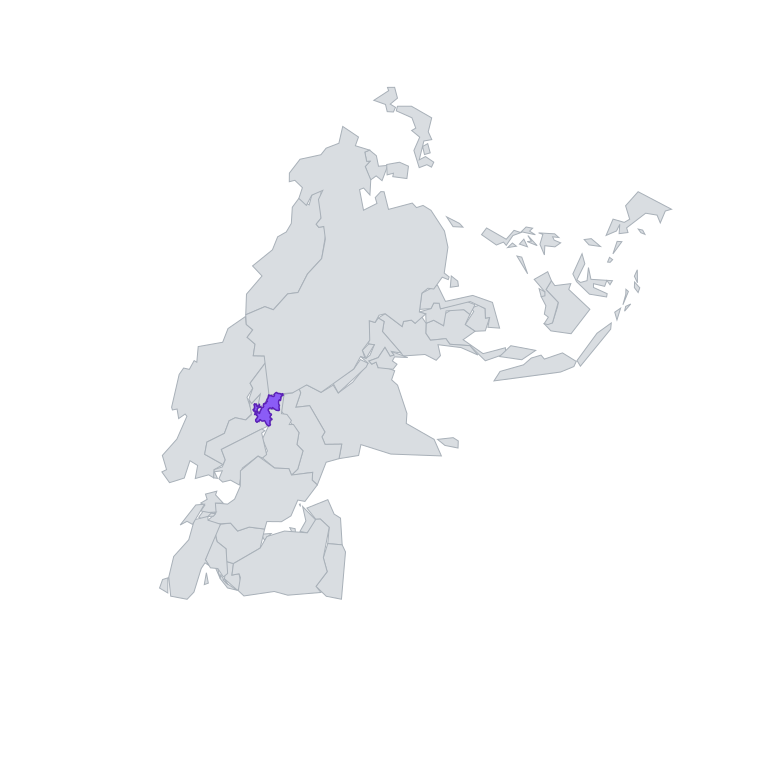 Asia, with Tajikistan highlighted, rotated 296°
{"feature_id": "TJK", "entity_name": "Tajikistan", "entity_type": "country or territory", "adm_level": 0, "iso_a3": "TJK", "parent_name": "Asia", "parent_adm1": "", "projection": "robinson", "projection_center": [70.744, 38.86], "detail": "fine", "context": "in_parent", "style": "filled", "palette": "violet", "viewbox_px": 768, "rotation_deg": 296, "n_neighbors": 45, "source": "natural_earth", "source_scale": "50m", "svg_char_len": 17099}
<svg xmlns="http://www.w3.org/2000/svg" viewBox="0 0 768 768"><g transform="rotate(296 384 384)"><path d="M383.9,229.9L377.2,234.1L375.1,242.3L366.0,240.5L363.3,250.6L352.1,254.1L356.7,264.0L354.1,268.7L326.0,263.3L322.7,267.9L312.0,266.7L300.1,278.4L291.1,275.5L288.5,265.1L283.0,260.9L269.7,262.2L254.2,250.3L242.2,253.6L241.0,274.7L232.6,268.9L225.0,272.0L225.5,266.2L216.3,255.8L229.1,252.2L230.0,243.2L211.9,245.7L201.3,234.5L207.6,222.9L211.7,226.1L222.6,216.1L243.7,222.0L268.6,221.0L269.8,218.4L262.9,214.6L270.8,209.0L267.9,205.2L270.0,203.3L302.8,195.7L310.5,196.9L311.8,202.6L321.8,203.1L321.5,206.2L336.2,200.6L350.8,220.7L365.5,219.5L383.9,229.9Z" fill="#d9dde1" stroke="#a8b0b8" stroke-width="1"/><path d="M241.0,274.7L242.2,253.6L254.2,250.3L269.7,262.2L283.0,260.9L288.5,265.1L291.1,275.5L298.3,278.4L311.0,269.2L308.4,273.5L320.8,277.2L314.8,281.3L309.3,280.9L309.6,276.7L303.3,278.0L299.6,284.9L295.6,284.6L298.8,292.8L296.1,298.6L253.9,266.5L246.2,274.6L241.0,274.7Z" fill="#d9dde1" stroke="#a8b0b8" stroke-width="1"/><path d="M668.2,528.1L667.1,565.8L662.8,561.0L649.9,561.7L655.5,555.4L652.2,544.3L630.7,533.6L627.1,536.9L622.2,529.4L630.9,525.9L623.5,525.9L614.9,518.5L632.6,517.6L634.6,529.1L639.8,532.6L650.1,523.0L668.2,528.1ZM585.5,564.5L582.6,571.7L577.6,572.3L580.4,566.8L585.5,564.5ZM632.9,552.9L632.6,548.6L634.7,544.6L635.7,549.0L632.9,552.9ZM550.2,489.2L547.3,494.4L556.1,507.9L550.0,508.6L541.4,536.3L511.2,530.1L504.9,510.7L508.4,501.5L512.8,508.6L529.6,506.1L533.7,504.8L539.9,488.2L550.2,489.2ZM601.3,532.7L614.4,531.0L616.2,535.4L601.3,532.7ZM596.0,535.0L592.5,533.9L591.6,531.5L596.7,531.2L596.0,535.0ZM601.6,500.6L605.5,506.6L602.5,518.3L598.9,507.3L601.6,500.6ZM565.7,505.5L587.9,504.9L580.1,511.8L562.2,511.7L561.4,516.1L565.9,521.2L578.3,516.7L568.8,524.1L577.0,544.0L572.3,543.6L574.8,538.9L568.5,539.5L566.0,528.3L562.6,530.0L563.0,545.0L559.8,545.9L554.8,529.3L560.4,512.2L565.7,505.5ZM564.1,570.7L554.9,568.3L559.7,567.2L564.1,570.7ZM559.9,564.0L570.6,562.0L575.2,559.9L574.3,563.1L559.9,564.0ZM549.7,559.9L555.9,563.4L543.7,565.3L549.7,559.9ZM489.7,547.2L523.0,553.2L538.5,561.5L532.7,563.7L486.1,552.7L489.7,547.2ZM476.7,517.2L490.2,530.8L488.6,546.9L482.9,547.0L472.2,537.5L435.0,481.5L446.2,482.8L462.4,501.0L471.9,505.0L478.8,512.5L476.7,517.2Z" fill="#d9dde1" stroke="#a8b0b8" stroke-width="1"/><path d="M586.1,567.4L590.6,561.8L597.7,561.6L586.1,567.4Z" fill="#d9dde1" stroke="#a8b0b8" stroke-width="1"/><path d="M140.9,320.9L135.9,329.1L134.3,342.7L132.1,332.8L137.3,322.0L140.9,320.9Z" fill="#d9dde1" stroke="#a8b0b8" stroke-width="1"/><path d="M145.3,315.6L137.4,322.0L144.8,313.3L145.3,315.6Z" fill="#d9dde1" stroke="#a8b0b8" stroke-width="1"/><path d="M139.0,326.0L135.4,332.0L137.4,325.2L139.0,326.0Z" fill="#d9dde1" stroke="#a8b0b8" stroke-width="1"/><path d="M139.0,326.0L155.4,320.3L156.6,327.4L145.6,331.1L149.9,336.9L139.7,344.5L134.3,342.7L139.0,326.0Z" fill="#d9dde1" stroke="#a8b0b8" stroke-width="1"/><path d="M214.7,373.1L226.7,373.8L238.2,364.6L231.5,383.2L216.6,380.3L214.7,373.1Z" fill="#d9dde1" stroke="#a8b0b8" stroke-width="1"/><path d="M210.9,370.1L210.8,365.9L213.6,362.3L215.0,367.5L210.9,370.1Z" fill="#d9dde1" stroke="#a8b0b8" stroke-width="1"/><path d="M195.2,339.5L200.2,348.2L191.3,345.0L195.2,339.5Z" fill="#d9dde1" stroke="#a8b0b8" stroke-width="1"/><path d="M156.6,327.4L155.4,320.3L166.6,314.3L169.1,303.1L176.9,297.2L186.3,298.5L191.7,307.1L187.7,316.9L196.3,325.6L201.3,340.3L182.2,344.6L156.6,327.4Z" fill="#d9dde1" stroke="#a8b0b8" stroke-width="1"/><path d="M232.5,382.0L238.7,369.1L255.4,384.2L245.2,396.2L244.4,403.7L221.1,416.9L215.9,403.4L231.1,397.6L234.7,386.0L232.5,382.0ZM239.4,361.2L237.3,362.6L238.8,360.7L239.4,361.2Z" fill="#d9dde1" stroke="#a8b0b8" stroke-width="1"/><path d="M471.3,442.7L473.0,430.9L488.5,432.9L490.6,429.0L496.5,434.9L496.1,441.9L487.7,446.3L490.1,449.8L476.2,451.7L471.3,442.7Z" fill="#d9dde1" stroke="#a8b0b8" stroke-width="1"/><path d="M484.2,430.7L473.0,430.9L471.3,442.7L458.5,435.7L454.7,459.7L469.8,477.2L464.8,480.2L449.3,464.9L456.1,444.4L448.6,425.8L451.9,419.7L443.7,406.6L447.9,399.3L457.0,395.2L463.1,400.7L462.5,412.0L473.0,407.4L480.9,412.4L485.8,423.2L484.2,430.7Z" fill="#d9dde1" stroke="#a8b0b8" stroke-width="1"/><path d="M495.2,431.1L484.2,430.7L485.8,423.2L476.9,407.8L462.5,412.0L463.1,400.7L457.0,395.2L465.3,390.8L464.2,384.2L472.4,393.2L478.6,393.2L480.8,398.2L476.3,401.8L494.4,421.2L495.2,431.1Z" fill="#d9dde1" stroke="#a8b0b8" stroke-width="1"/><path d="M457.0,395.2L447.9,399.3L443.7,406.6L451.9,419.7L448.6,425.8L456.1,444.4L451.2,455.7L450.5,437.3L443.0,415.3L434.2,422.3L428.2,420.5L428.5,407.9L417.7,389.1L430.5,359.6L440.2,356.7L440.8,349.9L447.7,354.2L443.6,375.1L448.8,374.1L453.4,380.6L452.2,385.4L461.8,386.9L457.0,395.2Z" fill="#d9dde1" stroke="#a8b0b8" stroke-width="1"/><path d="M480.5,452.5L490.1,449.8L487.7,446.3L496.1,441.9L495.9,425.3L476.3,401.8L480.8,398.2L478.6,393.2L472.4,393.2L466.7,383.4L482.2,378.2L496.4,388.6L485.2,403.0L502.5,424.9L504.9,445.7L484.9,463.4L480.5,452.5Z" fill="#d9dde1" stroke="#a8b0b8" stroke-width="1"/><path d="M587.9,268.5L585.8,277.1L577.3,283.6L582.2,291.6L565.9,293.1L567.6,285.7L561.7,282.6L564.6,278.9L571.2,271.8L578.0,273.8L576.5,270.8L584.0,265.1L587.9,268.5Z" fill="#d9dde1" stroke="#a8b0b8" stroke-width="1"/><path d="M573.3,295.1L582.5,290.2L590.1,300.7L590.5,310.5L578.7,314.5L574.2,301.0L577.6,300.1L573.3,295.1Z" fill="#d9dde1" stroke="#a8b0b8" stroke-width="1"/><path d="M385.6,229.4L404.5,221.0L427.6,227.0L432.5,214.1L455.7,224.9L469.7,223.9L477.8,229.5L487.7,230.3L502.7,224.1L513.5,226.1L512.2,238.2L522.1,236.3L531.2,242.1L505.5,254.7L497.9,253.0L496.2,256.7L499.2,260.8L493.5,265.8L469.4,273.0L449.4,267.0L428.5,266.6L422.8,257.9L402.2,252.0L401.3,243.0L385.6,229.4Z" fill="#d9dde1" stroke="#a8b0b8" stroke-width="1"/><path d="M440.8,349.9L440.2,356.7L430.5,359.6L419.4,385.8L416.5,376.6L414.4,380.4L411.6,377.4L417.3,368.8L405.1,367.2L398.1,360.4L396.5,364.3L400.2,367.3L396.1,371.6L399.2,373.1L400.6,387.8L391.1,389.0L388.9,396.7L367.6,417.5L358.3,421.3L356.2,453.3L344.5,467.1L324.0,420.8L319.4,389.8L308.6,392.5L297.2,376.3L311.4,372.4L303.9,357.5L309.3,351.4L315.0,351.9L331.9,326.7L324.4,314.9L339.5,313.0L344.0,308.1L349.3,314.9L348.9,331.1L360.7,338.8L355.9,346.8L371.9,355.1L395.6,360.5L398.5,350.9L399.3,356.6L403.8,358.8L415.1,358.1L413.2,352.7L434.4,343.0L435.4,349.0L440.8,349.9Z" fill="#d9dde1" stroke="#a8b0b8" stroke-width="1"/><path d="M416.5,376.6L418.2,393.7L413.0,381.6L408.4,381.4L407.5,387.0L401.2,385.7L396.1,371.6L400.2,367.3L396.5,364.3L398.1,360.4L405.1,367.2L417.3,368.8L411.6,377.4L414.4,380.4L416.5,376.6Z" fill="#d9dde1" stroke="#a8b0b8" stroke-width="1"/><path d="M413.2,352.7L415.1,358.1L399.3,356.6L404.8,349.7L413.2,352.7Z" fill="#d9dde1" stroke="#a8b0b8" stroke-width="1"/><path d="M395.6,352.1L395.6,360.5L391.5,360.6L355.9,346.8L362.7,337.4L384.2,350.2L395.6,352.1Z" fill="#d9dde1" stroke="#a8b0b8" stroke-width="1"/><path d="M344.0,308.1L339.5,313.0L324.4,314.9L331.9,326.7L315.0,351.9L309.3,351.4L303.9,357.5L311.4,372.4L297.2,376.3L288.3,366.3L264.1,368.3L266.1,361.6L273.3,358.6L261.6,340.8L269.7,343.8L288.4,340.5L291.4,332.3L303.0,328.9L315.2,302.3L331.0,298.7L336.1,305.8L344.0,308.1Z" fill="#d9dde1" stroke="#a8b0b8" stroke-width="1"/><path d="M281.4,298.8L302.6,298.6L310.3,290.9L315.2,300.9L321.9,296.6L331.0,298.7L312.4,304.8L314.1,310.1L310.6,316.8L306.0,316.6L307.9,320.4L303.0,328.9L291.4,332.3L288.4,340.5L269.7,343.8L261.6,340.8L266.2,335.6L260.5,322.6L264.2,307.2L272.7,308.6L281.4,298.8Z" fill="#d9dde1" stroke="#a8b0b8" stroke-width="1"/><path d="M311.0,269.2L322.7,267.9L326.0,263.3L354.1,268.7L323.8,285.4L303.9,284.9L304.4,281.6L320.8,277.2L308.4,273.5L311.0,269.2Z" fill="#d9dde1" stroke="#a8b0b8" stroke-width="1"/><path d="M225.0,272.0L232.6,268.9L238.6,275.0L246.2,274.6L253.9,266.5L290.0,293.8L289.8,297.4L286.2,295.6L269.1,309.4L264.2,307.2L264.0,302.4L246.3,293.5L229.8,298.3L230.3,288.2L225.1,282.0L226.5,277.2L235.1,276.7L230.8,270.0L226.2,275.7L225.0,272.0Z" fill="#d9dde1" stroke="#a8b0b8" stroke-width="1"/><path d="M201.3,340.3L196.3,325.6L187.7,316.9L191.7,307.1L184.1,293.8L184.4,285.5L193.6,289.4L203.1,284.6L207.5,296.1L215.0,300.2L229.3,299.6L243.0,293.0L264.0,302.4L260.5,322.6L266.2,335.6L261.6,340.8L273.3,358.6L266.1,361.6L264.1,368.3L243.8,364.4L241.9,357.4L224.7,358.2L215.3,352.2L209.0,339.0L201.3,340.3Z" fill="#d9dde1" stroke="#a8b0b8" stroke-width="1"/><path d="M140.1,324.2L145.3,315.6L142.7,308.6L147.7,300.5L174.7,298.1L169.1,303.1L166.6,314.3L145.2,326.5L140.1,324.2Z" fill="#d9dde1" stroke="#a8b0b8" stroke-width="1"/><path d="M195.3,289.2L182.8,280.7L183.0,275.9L192.1,277.5L195.3,289.2Z" fill="#d9dde1" stroke="#a8b0b8" stroke-width="1"/><path d="M186.3,298.5L147.7,300.5L144.2,306.2L144.8,301.5L138.1,300.6L113.6,304.4L104.2,301.4L99.8,285.3L116.1,275.2L136.8,270.6L158.4,276.8L178.9,273.1L187.8,283.8L184.4,285.5L186.3,298.5ZM102.2,271.7L111.2,270.7L115.0,274.7L101.4,281.3L102.2,271.7Z" fill="#d9dde1" stroke="#a8b0b8" stroke-width="1"/><path d="M366.1,469.7L365.4,475.7L358.9,478.6L355.5,465.7L357.7,456.4L366.1,469.7Z" fill="#d9dde1" stroke="#a8b0b8" stroke-width="1"/><path d="M504.6,408.0L500.0,401.2L510.6,397.1L508.8,405.2L504.6,408.0ZM323.8,285.4L356.7,264.0L352.1,254.1L363.3,250.6L366.0,240.5L375.1,242.3L377.2,234.1L385.6,229.4L401.3,243.0L402.2,252.0L422.8,257.9L428.5,266.6L449.4,267.0L469.4,273.0L488.5,267.8L499.2,260.8L496.2,256.7L497.9,253.0L505.5,254.7L521.1,244.2L531.2,244.1L522.1,236.3L510.5,235.9L513.5,226.1L524.7,224.6L528.0,214.6L524.3,210.2L532.1,206.5L549.2,210.0L562.4,226.8L570.6,228.6L580.6,237.9L597.4,234.0L594.8,252.8L585.6,253.8L587.9,268.5L584.0,265.1L576.5,270.8L578.0,273.8L571.2,271.8L561.7,282.6L547.7,288.5L551.2,279.8L548.0,276.8L531.2,289.4L543.2,298.5L547.7,294.4L555.5,296.8L556.8,299.8L542.9,311.5L559.0,330.1L556.8,335.9L561.6,340.8L560.7,350.1L548.0,371.3L535.0,381.5L510.1,389.5L508.8,395.6L506.0,396.0L505.5,389.5L491.2,387.1L489.3,381.5L482.2,378.2L464.2,384.2L465.3,390.8L452.2,385.4L453.4,380.6L448.8,374.1L443.6,375.1L447.7,354.2L443.6,349.4L435.4,349.0L434.4,343.0L417.1,352.0L404.8,349.7L399.1,355.4L398.5,350.9L384.2,350.2L348.9,331.1L349.3,314.9L336.1,305.8L323.8,285.4Z" fill="#d9dde1" stroke="#a8b0b8" stroke-width="1"/><path d="M561.7,367.0L561.4,381.5L559.6,386.2L555.7,377.1L561.7,367.0Z" fill="#d9dde1" stroke="#a8b0b8" stroke-width="1"/><path d="M196.7,271.5L202.8,275.6L206.8,271.8L214.4,280.7L210.5,281.2L206.4,291.8L203.1,284.6L195.3,289.2L191.7,282.7L189.6,275.0L196.6,276.1L196.7,271.5ZM193.6,289.4L190.4,288.7L187.8,283.8L192.1,285.2L193.6,289.4Z" fill="#d9dde1" stroke="#a8b0b8" stroke-width="1"/><path d="M167.9,262.6L192.8,267.9L197.3,275.4L173.9,273.4L174.2,267.1L167.9,262.6Z" fill="#d9dde1" stroke="#a8b0b8" stroke-width="1"/><path d="M565.9,442.6L560.8,435.3L567.0,437.6L565.9,442.6ZM575.5,461.0L574.8,450.3L577.0,453.8L580.5,448.2L575.5,461.0ZM587.6,456.7L593.8,471.6L592.3,476.9L590.2,471.0L587.9,473.9L588.3,480.9L582.2,477.5L578.8,467.9L570.3,471.6L578.0,462.9L588.1,461.2L587.6,456.7ZM558.4,452.2L546.0,464.8L557.3,447.4L558.4,452.2ZM569.2,407.8L567.7,430.4L579.1,433.5L580.1,440.7L574.0,434.8L562.2,433.1L563.9,429.2L558.2,424.1L561.0,406.2L569.2,407.8ZM570.2,452.8L569.1,444.4L575.5,446.2L570.2,452.8ZM587.4,442.9L589.2,449.3L585.2,447.8L584.5,454.6L581.0,440.6L587.4,442.9Z" fill="#d9dde1" stroke="#a8b0b8" stroke-width="1"/><path d="M459.3,475.8L474.0,481.2L480.7,505.6L466.2,497.2L459.3,475.8ZM550.2,489.2L539.9,488.2L533.7,504.8L512.8,508.6L509.3,505.4L508.4,501.5L516.1,502.4L517.1,497.5L525.3,495.2L531.4,487.0L537.3,488.2L543.9,473.1L556.7,481.9L550.2,489.2Z" fill="#d9dde1" stroke="#a8b0b8" stroke-width="1"/><path d="M537.7,481.6L537.3,488.2L533.8,490.0L531.4,487.0L537.7,481.6Z" fill="#d9dde1" stroke="#a8b0b8" stroke-width="1"/><path d="M645.7,286.9L644.1,310.2L630.1,313.2L624.6,319.8L619.9,313.3L600.9,317.4L606.6,321.6L605.2,331.5L599.7,331.6L599.9,326.4L593.9,320.8L607.0,308.5L621.5,307.9L624.0,297.7L627.9,300.4L635.5,292.4L634.9,275.3L639.5,274.3L645.7,286.9ZM649.7,259.6L652.1,257.1L655.3,263.5L646.8,270.8L638.3,266.9L637.7,273.1L632.6,273.2L630.2,267.5L635.9,262.8L634.5,250.5L649.7,259.6ZM608.0,319.8L614.4,314.6L619.2,317.9L612.0,324.2L608.0,319.8Z" fill="#d9dde1" stroke="#a8b0b8" stroke-width="1"/><path d="M215.9,403.4L221.1,416.9L216.2,423.0L171.9,440.1L167.9,425.2L172.3,411.6L190.4,415.2L201.3,405.6L215.9,403.4Z" fill="#d9dde1" stroke="#a8b0b8" stroke-width="1"/><path d="M134.4,343.6L147.1,339.8L149.9,336.9L145.6,331.1L156.6,327.4L182.2,344.6L195.6,345.6L208.2,359.0L216.6,380.3L232.5,382.0L234.7,386.0L231.1,397.6L201.3,405.6L190.4,415.2L172.3,411.6L169.0,418.7L152.0,390.1L149.4,376.3L132.1,351.0L134.4,343.6Z" fill="#d9dde1" stroke="#a8b0b8" stroke-width="1"/><path d="M136.5,307.1L128.0,313.4L124.9,310.4L136.5,307.1Z" fill="#d9dde1" stroke="#a8b0b8" stroke-width="1"/><path d="M295.7,298.5L295.9,298.0L296.0,296.6L296.3,296.2L297.0,295.3L297.3,294.6L297.8,294.1L298.1,293.9L298.3,293.5L298.6,293.0L298.6,292.7L298.5,292.3L298.1,292.0L297.6,291.5L297.4,291.0L297.2,290.3L297.2,289.8L297.7,288.6L297.6,288.3L297.5,288.1L297.2,288.0L296.8,288.0L296.4,288.0L295.9,288.0L295.5,288.0L295.5,287.9L295.4,287.3L295.3,287.2L295.2,287.1L294.2,286.8L294.0,286.7L293.9,286.5L294.3,285.2L294.5,285.1L294.6,284.9L294.9,284.7L295.7,284.3L296.6,284.5L297.4,284.7L298.2,284.8L298.5,284.8L298.9,284.9L299.2,284.8L299.4,284.7L299.8,284.3L299.9,283.6L300.0,283.1L300.3,283.1L300.5,283.1L300.7,282.9L300.7,282.7L300.8,282.7L301.0,282.8L301.1,282.7L300.9,282.4L300.8,282.1L300.8,281.9L301.3,281.8L301.5,281.8L301.6,281.7L301.4,281.4L300.7,281.4L300.1,281.4L300.0,281.2L301.5,280.9L302.3,281.0L302.8,281.1L303.1,281.0L302.8,280.5L303.1,280.5L303.2,280.3L302.7,278.9L303.0,278.8L303.3,278.5L303.2,278.0L303.5,277.8L303.7,277.6L304.1,277.8L304.7,278.3L304.9,278.4L305.1,278.4L305.4,278.3L306.5,277.8L307.1,277.5L307.8,277.1L308.0,276.9L308.2,276.3L308.4,276.3L308.5,276.3L309.2,277.0L309.5,277.4L309.5,277.5L309.4,277.6L309.5,277.7L310.0,277.9L310.0,278.0L309.9,278.2L309.8,278.3L309.7,278.4L309.0,279.0L308.3,279.6L308.2,279.7L308.2,279.8L308.2,280.0L308.3,280.1L308.7,280.2L309.0,280.3L309.1,280.6L309.3,280.9L309.5,281.0L310.7,280.8L311.0,280.8L310.9,281.1L309.9,281.4L309.5,281.7L309.4,282.2L309.3,282.3L309.1,282.4L308.9,282.5L308.6,281.9L308.2,281.8L307.7,281.6L306.8,281.2L306.3,281.0L305.4,281.3L304.2,281.6L304.1,281.8L304.0,282.1L304.0,282.5L303.8,282.7L303.5,282.5L303.2,282.4L303.1,282.6L302.9,283.2L302.8,283.5L303.1,284.1L303.1,284.9L303.6,284.9L303.9,284.9L304.6,284.6L304.9,284.6L305.4,284.7L306.2,284.7L306.9,284.7L307.1,284.7L307.3,284.6L307.6,284.8L308.3,284.6L308.8,284.5L309.1,284.6L309.3,284.7L309.6,285.2L309.9,285.5L310.2,285.7L311.2,285.6L311.5,285.1L312.1,284.9L312.4,284.8L312.7,284.7L313.1,284.5L313.4,284.5L313.5,284.6L313.5,285.0L313.7,285.3L314.3,285.4L314.6,285.5L314.6,285.8L314.6,286.2L314.8,286.3L315.0,286.3L315.8,285.9L316.1,285.9L316.3,286.1L316.6,286.4L317.0,286.7L317.2,286.4L317.6,286.0L318.2,285.9L318.5,285.8L318.9,285.7L320.0,285.9L320.4,285.9L321.1,285.8L321.7,285.8L322.2,285.6L322.4,285.4L322.8,285.3L323.3,285.3L323.6,285.3L323.6,285.6L323.5,286.2L323.5,286.6L323.9,287.3L324.1,287.7L324.4,287.9L324.4,288.1L324.4,288.3L324.1,288.4L324.0,288.6L323.9,288.8L324.0,289.0L324.2,289.7L324.4,290.2L324.7,290.4L325.2,290.6L325.5,290.6L325.7,290.2L326.0,289.9L326.7,289.9L327.8,290.2L328.9,290.7L329.2,291.0L329.3,291.4L329.0,292.1L329.1,292.6L329.1,293.1L329.4,293.5L329.6,294.1L329.7,294.6L329.8,294.8L329.9,295.0L329.8,295.5L329.7,296.0L329.8,296.1L330.1,296.4L330.7,296.8L330.8,297.2L330.6,297.5L330.3,297.8L329.8,298.0L329.7,298.1L329.4,297.8L328.9,297.4L328.6,297.2L327.9,297.2L327.6,297.2L327.1,297.0L326.7,297.0L326.4,297.3L326.2,297.5L325.8,297.6L325.2,297.8L324.3,298.1L323.8,298.1L323.7,297.9L323.8,297.8L324.1,297.5L324.2,297.3L324.1,297.0L323.8,297.0L323.7,296.9L323.0,296.7L322.5,296.8L321.7,297.1L320.2,297.9L319.5,298.4L319.1,299.3L317.7,299.5L316.7,300.0L315.7,300.8L315.0,301.2L314.7,301.3L314.4,301.2L314.0,301.0L313.7,300.3L313.4,299.4L313.2,298.7L313.3,297.9L313.5,296.9L313.6,296.0L313.8,294.9L313.9,294.5L313.9,294.2L313.5,294.1L313.0,294.2L312.7,294.2L312.5,293.6L312.7,292.7L312.4,291.9L311.4,291.3L310.6,291.1L309.9,291.3L309.3,291.8L308.9,292.6L308.4,293.3L307.9,293.8L307.6,294.0L307.4,294.1L307.4,294.3L307.6,295.0L307.6,295.6L307.3,296.1L307.0,296.3L306.6,296.3L306.3,296.2L306.1,296.0L305.6,295.9L304.6,296.0L304.0,296.3L303.7,296.6L303.6,297.1L303.7,297.8L303.6,298.2L303.3,298.6L303.1,298.8L302.9,298.8L302.5,298.5L301.9,297.9L301.5,297.6L301.2,297.5L300.9,297.7L300.8,297.9L300.6,298.0L300.3,297.9L300.1,298.0L299.9,298.1L299.5,298.4L298.7,298.6L298.3,298.9L298.2,299.2L298.1,299.4L297.9,299.3L297.2,299.7L296.7,299.6L296.1,299.1L295.8,298.6L295.7,298.5ZM309.8,283.2L309.3,283.4L309.1,283.4L308.9,283.2L308.7,282.8L308.8,282.8L309.1,282.9L309.6,283.0L309.8,283.2ZM309.5,276.8L309.4,276.8L309.1,276.6L309.0,276.4L309.4,276.4L309.5,276.7L309.5,276.8Z" fill="#8b5cf6" stroke="#5b21b6" stroke-width="1.5"/></g></svg>